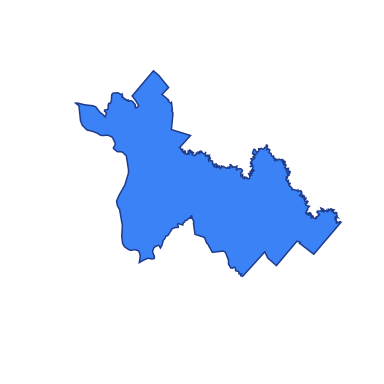 outline of La Capital, Santa Fe, Argentina, rotated 119°
{"feature_id": "61730980B6439123039884", "entity_name": "La Capital", "entity_type": "district", "adm_level": 2, "iso_a3": "ARG", "parent_name": "Argentina", "parent_adm1": "Santa Fe", "projection": "mercator", "projection_center": [-60.794, -31.494], "detail": "fine", "context": "isolated", "style": "filled", "palette": "blue", "viewbox_px": 384, "rotation_deg": 119, "n_neighbors": 0, "source": "geoboundaries", "source_scale": "gbopen_adm2", "svg_char_len": 6064}
<svg xmlns="http://www.w3.org/2000/svg" viewBox="0 0 384 384"><g transform="rotate(119 192 192)"><path d="M182.8,288.0L186.7,282.7L188.6,282.0L191.0,282.3L191.8,282.0L192.4,280.7L192.9,276.8L191.1,273.3L190.9,271.7L192.3,266.9L203.1,258.5L206.4,256.7L218.5,254.1L230.4,254.2L236.5,253.6L239.9,250.9L242.6,246.7L254.9,236.8L264.9,231.9L270.8,227.6L272.6,224.5L273.1,219.8L272.8,217.4L270.1,213.9L269.4,210.3L270.6,208.4L273.1,206.2L279.3,203.9L275.0,201.3L271.2,198.3L270.0,194.6L268.5,192.8L266.6,193.6L264.0,197.0L262.5,197.9L259.0,198.3L256.4,196.9L255.0,195.5L255.0,194.5L256.3,192.5L253.1,192.5L247.9,193.7L246.4,193.2L243.1,193.4L242.0,192.2L240.8,191.9L233.7,191.6L230.9,189.1L229.8,187.0L229.0,187.0L227.5,188.9L226.4,188.9L225.3,184.1L223.2,184.6L221.6,183.9L220.3,184.3L219.3,182.9L216.6,182.0L215.6,180.5L215.4,181.3L213.2,181.1L213.0,180.8L215.2,178.9L216.5,176.5L219.0,175.3L227.5,168.9L225.7,159.1L229.6,154.4L229.5,153.6L234.9,145.0L228.5,136.0L228.6,133.4L234.1,126.9L237.3,125.2L239.7,121.2L238.8,119.5L237.4,118.8L237.1,117.8L239.7,115.5L239.0,113.0L239.5,111.9L240.8,111.2L239.7,109.2L241.1,109.3L241.6,108.9L241.1,106.8L209.1,99.3L213.1,93.5L215.4,82.5L184.2,76.4L183.5,72.9L184.7,73.1L187.4,55.3L147.1,47.2L147.8,47.9L147.4,48.1L146.2,47.4L146.1,48.0L149.7,51.0L147.8,50.4L147.7,51.7L146.6,52.2L146.5,53.5L145.5,52.9L145.2,54.3L144.5,53.7L144.3,55.1L143.6,52.3L143.2,53.6L142.0,53.8L141.6,54.9L140.1,55.2L140.2,56.4L141.9,57.2L140.5,58.9L141.2,59.9L140.9,60.4L139.9,59.2L138.7,59.1L139.2,60.2L140.4,61.2L140.0,62.1L139.4,61.0L139.1,61.7L139.5,62.5L140.7,62.7L140.9,64.1L141.6,63.3L142.4,63.7L142.4,65.0L143.4,64.1L144.0,67.6L145.5,67.2L144.9,68.4L143.9,68.0L143.4,68.5L143.6,71.4L145.7,69.1L147.9,73.1L149.1,72.9L149.6,70.1L150.2,69.5L150.9,70.3L151.8,69.9L153.5,71.3L154.8,71.2L154.7,70.5L155.5,71.1L155.8,73.9L154.5,74.2L154.5,75.1L156.0,74.7L156.9,75.4L155.1,76.0L154.3,77.3L154.0,76.6L152.8,78.3L153.2,79.2L154.2,78.0L155.2,78.1L155.7,78.8L154.6,79.1L154.6,80.2L155.9,81.1L155.3,82.4L154.3,81.7L153.1,82.9L151.7,82.2L150.4,83.0L147.6,82.4L148.5,85.9L147.3,87.2L146.6,86.0L144.1,86.0L144.1,87.1L145.5,87.8L145.4,89.0L143.8,90.4L143.5,89.0L142.1,89.3L142.9,90.7L141.3,91.6L143.2,92.8L142.8,93.3L141.3,92.6L140.9,94.3L142.4,93.7L143.1,95.4L142.8,96.1L139.6,95.5L138.7,96.3L138.1,97.6L140.1,99.4L138.8,100.4L140.0,101.3L140.6,104.3L141.4,105.8L140.4,106.2L139.4,108.4L139.4,110.1L138.9,110.8L138.1,111.1L137.5,110.2L136.9,110.3L137.2,112.5L136.8,113.2L136.2,113.6L135.9,112.9L135.0,113.2L136.2,114.6L135.8,115.7L133.2,115.4L133.0,115.9L134.3,116.0L133.0,116.8L130.4,115.3L130.0,117.0L128.7,115.5L126.6,116.0L126.6,117.4L128.5,117.7L128.7,118.6L127.7,119.7L125.7,118.7L124.6,119.1L125.5,120.4L126.5,120.5L125.7,121.5L125.9,122.8L123.5,122.6L122.4,123.4L122.4,123.9L123.5,123.7L123.5,124.8L122.8,126.0L121.7,124.9L120.3,125.3L120.7,126.2L121.9,126.5L121.5,128.0L120.2,126.9L119.7,128.6L120.9,130.1L121.1,131.8L122.8,132.5L122.3,133.5L122.7,134.8L123.5,135.1L124.2,134.4L124.2,135.4L122.3,135.9L122.6,136.8L122.3,138.0L120.5,137.8L121.8,138.7L121.8,139.8L119.9,141.6L120.3,143.8L117.5,144.3L117.2,145.8L118.5,147.0L117.6,147.0L117.1,148.0L115.4,148.1L114.6,148.8L114.9,149.7L116.7,148.9L117.7,149.9L119.7,150.1L120.3,150.8L120.2,152.6L121.2,153.0L121.8,154.7L122.3,154.6L122.8,153.5L124.4,153.6L125.3,154.5L126.3,154.1L124.5,157.1L124.4,158.2L124.8,158.6L128.9,157.8L129.4,156.4L128.3,155.6L128.8,154.2L130.6,155.2L131.9,154.2L132.0,155.4L132.7,154.8L131.8,153.7L132.7,153.5L133.1,154.4L134.0,154.8L134.1,157.1L135.3,154.5L137.4,155.1L138.8,154.6L139.0,153.9L137.5,154.3L138.3,152.9L139.3,152.7L139.4,152.2L141.3,153.3L141.4,152.8L140.1,152.1L139.8,151.3L141.3,150.4L143.7,150.5L142.8,149.0L143.2,148.2L143.9,148.2L145.7,150.8L146.1,149.8L145.1,149.3L146.7,148.5L147.1,150.2L148.1,151.1L148.6,150.6L148.6,148.4L149.0,148.7L149.2,150.4L150.1,149.0L151.4,148.6L152.4,148.4L153.5,149.4L153.0,151.8L154.7,152.5L154.0,153.0L153.1,152.2L153.4,153.3L155.2,154.2L152.2,156.2L154.4,156.8L151.6,158.7L150.3,158.1L148.6,158.3L148.0,160.4L148.4,161.6L149.4,162.9L151.0,163.4L151.0,164.0L147.6,165.2L149.8,166.8L149.9,168.5L150.7,168.7L149.4,170.8L149.3,171.6L149.7,171.9L150.7,170.8L151.9,171.4L152.2,170.4L153.3,170.8L153.2,172.8L154.2,172.8L154.6,174.7L154.3,176.8L155.2,177.5L154.9,178.8L157.7,178.4L157.2,179.9L156.0,180.5L156.7,182.2L157.8,181.4L158.5,181.7L158.8,183.7L157.6,182.7L156.3,182.8L155.7,184.6L158.0,185.6L158.8,185.4L158.6,186.0L157.0,186.6L157.4,187.6L155.0,189.1L155.5,190.7L155.1,192.0L156.8,192.5L155.5,193.4L155.2,192.7L154.5,192.7L153.6,193.9L153.4,192.7L152.7,193.6L153.2,194.0L153.3,195.0L151.5,194.7L152.6,196.8L154.0,197.0L153.9,197.7L153.1,198.6L150.2,199.3L152.4,199.2L152.8,199.6L152.8,201.6L151.8,203.4L152.3,204.6L153.7,205.3L152.6,203.6L152.9,203.3L154.1,204.4L154.2,205.5L154.9,204.6L155.7,207.0L156.9,206.6L157.5,207.4L158.4,207.0L159.0,207.4L159.3,209.7L159.0,210.3L157.9,209.9L157.8,211.8L156.9,210.5L156.4,214.4L157.1,214.6L157.5,213.5L158.2,213.4L158.3,215.0L160.4,213.0L160.8,213.5L160.4,214.6L161.5,214.8L161.8,216.6L160.3,216.9L159.5,218.1L160.3,219.0L161.2,217.7L161.8,218.2L160.8,221.0L159.4,220.7L159.3,221.4L160.0,222.4L158.9,223.8L159.1,224.4L143.3,220.7L147.4,240.3L133.2,246.4L131.6,247.5L131.3,248.9L129.9,248.8L123.7,253.3L124.8,253.5L123.8,257.2L122.9,257.0L121.2,265.5L112.0,263.1L106.2,277.4L104.7,284.5L137.0,290.9L139.1,286.0L142.3,280.4L143.2,280.4L145.6,281.8L145.5,282.6L143.1,284.0L141.6,288.1L141.9,290.1L143.2,291.4L142.5,292.2L143.5,292.7L142.9,293.5L143.5,294.7L143.0,295.4L143.5,295.9L142.8,297.4L142.9,299.2L141.7,299.1L140.9,300.5L140.2,300.7L141.2,301.5L141.1,304.9L143.8,309.0L145.7,309.4L151.1,306.9L154.2,306.4L154.5,307.6L155.7,307.8L160.5,305.5L162.8,308.2L163.8,307.6L164.1,305.5L164.6,305.0L168.5,304.4L167.3,308.0L167.1,310.8L164.2,317.4L164.6,320.5L167.7,328.0L169.8,335.4L170.7,336.8L171.4,332.7L183.8,324.0L186.8,320.4L188.7,313.9L187.1,308.2L186.5,303.2L186.7,300.0L186.2,298.0L183.4,293.6L182.9,291.9L182.8,288.0Z" fill="#3b82f6" stroke="#1e3a8a" stroke-width="1.5"/></g></svg>